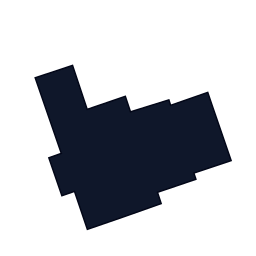 the district of Vinton, Ohio, United States of America, rotated 157°
{"feature_id": "52423323B79986289007094", "entity_name": "Vinton", "entity_type": "district", "adm_level": 2, "iso_a3": "USA", "parent_name": "United States of America", "parent_adm1": "Ohio", "projection": "albers", "projection_center": [-82.511, 39.212], "detail": "fine", "context": "isolated", "style": "filled", "palette": "ink", "viewbox_px": 256, "rotation_deg": 157, "n_neighbors": 0, "source": "geoboundaries", "source_scale": "gbopen_adm2", "svg_char_len": 406}
<svg xmlns="http://www.w3.org/2000/svg" viewBox="0 0 256 256"><g transform="rotate(157 128 128)"><path d="M40.7,129.6L79.9,132.2L79.4,137.9L119.4,141.9L118.1,158.2L158.3,161.1L154.6,207.3L193.8,210.5L199.3,130.7L212.5,131.5L215.3,91.5L202.0,90.6L205.0,50.6L166.0,47.9L127.0,45.5L126.0,57.3L85.5,54.3L85.0,60.8L45.8,57.7L41.7,116.3L40.7,129.6Z" fill="#0f172a" stroke="#020617" stroke-width="1.5"/></g></svg>